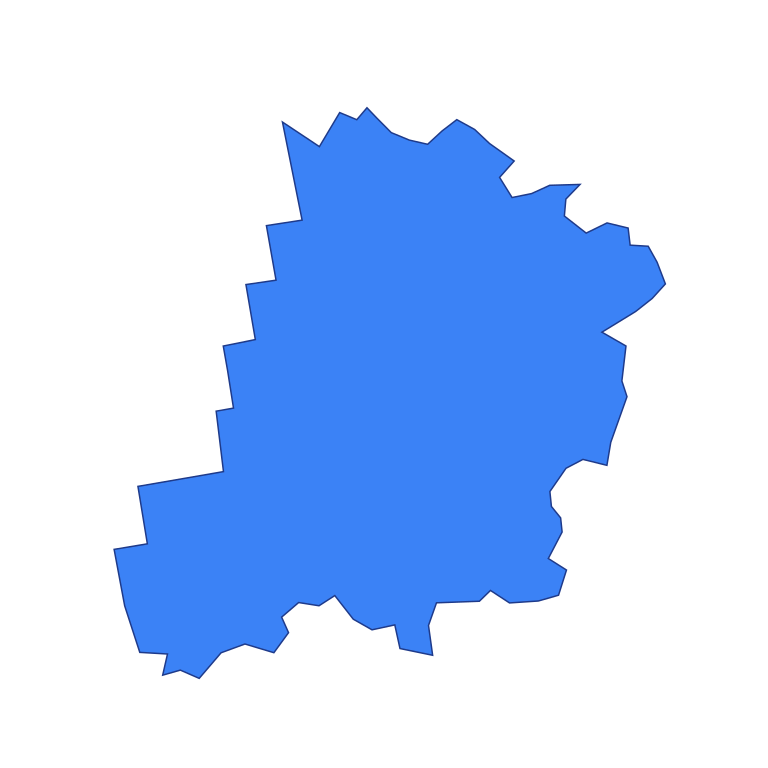 outline of São Domingos do Sul, Rio Grande do Sul, Brazil, rotated 260°
{"feature_id": "56859067B37550395927490", "entity_name": "São Domingos do Sul", "entity_type": "district", "adm_level": 2, "iso_a3": "BRA", "parent_name": "Brazil", "parent_adm1": "Rio Grande do Sul", "projection": "natural_earth1", "projection_center": [-51.868, -28.537], "detail": "fine", "context": "isolated", "style": "filled", "palette": "blue", "viewbox_px": 768, "rotation_deg": 260, "n_neighbors": 0, "source": "geoboundaries", "source_scale": "gbopen_adm2", "svg_char_len": 1176}
<svg xmlns="http://www.w3.org/2000/svg" viewBox="0 0 768 768"><g transform="rotate(260 384 384)"><path d="M433.7,678.5L456.5,674.1L473.8,668.1L478.0,650.5L495.2,651.5L503.9,631.6L497.5,609.3L518.1,590.8L534.5,595.2L546.5,611.7L550.9,581.7L545.9,562.4L545.4,542.5L567.4,533.7L581.0,550.9L602.5,529.7L618.9,517.5L631.7,501.6L623.1,485.1L612.5,468.6L619.8,451.3L630.3,434.8L647.3,423.0L659.0,415.2L649.0,403.1L659.0,387.5L629.0,361.6L659.6,329.5L559.6,331.8L560.4,295.7L505.0,295.7L505.9,265.3L450.1,265.0L449.3,232.3L424.2,232.3L386.4,231.6L386.4,214.0L325.6,210.7L325.9,123.9L267.7,123.2L268.0,89.5L210.6,90.1L162.1,96.9L155.7,123.9L135.7,115.5L137.6,133.7L126.2,150.9L147.6,176.9L152.1,201.9L138.5,228.9L155.7,246.8L172.2,242.7L183.6,262.0L176.9,281.5L184.2,298.8L157.7,312.9L144.0,329.5L144.9,352.8L120.7,353.8L108.4,384.8L138.5,385.9L159.4,397.7L153.5,440.2L162.2,453.0L146.6,469.6L143.5,498.3L145.7,519.2L169.1,531.4L183.6,515.5L207.3,533.7L221.5,534.7L234.3,527.6L249.3,528.7L269.4,548.6L275.2,566.8L265.2,589.4L287.2,597.2L329.3,621.1L345.7,618.8L379.4,628.9L397.2,607.6L411.7,644.4L421.7,663.0L433.7,678.5Z" fill="#3b82f6" stroke="#1e3a8a" stroke-width="1.5"/></g></svg>